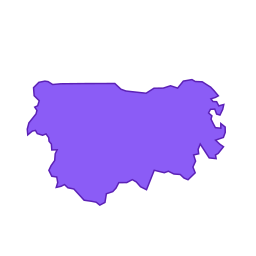 Lagoa dos Três Cantos, Rio Grande do Sul, Brazil, rotated 165°
{"feature_id": "56859067B28552109375594", "entity_name": "Lagoa dos Três Cantos", "entity_type": "district", "adm_level": 2, "iso_a3": "BRA", "parent_name": "Brazil", "parent_adm1": "Rio Grande do Sul", "projection": "albers", "projection_center": [-52.844, -28.574], "detail": "fine", "context": "isolated", "style": "filled", "palette": "violet", "viewbox_px": 256, "rotation_deg": 165, "n_neighbors": 0, "source": "geoboundaries", "source_scale": "gbopen_adm2", "svg_char_len": 1440}
<svg xmlns="http://www.w3.org/2000/svg" viewBox="0 0 256 256"><g transform="rotate(165 128 128)"><path d="M35.3,141.9L37.6,146.1L40.3,149.0L44.3,153.4L51.0,155.5L53.7,158.2L62.4,159.0L69.7,153.7L76.0,157.8L83.7,157.4L92.6,159.7L101.5,156.9L113.1,161.4L120.5,164.3L124.8,167.3L129.2,174.4L157.9,182.0L181.5,188.1L189.5,189.5L193.2,193.5L196.2,194.8L202.3,195.2L208.8,191.4L210.3,183.5L206.7,177.3L209.5,172.9L212.7,172.3L211.4,168.6L213.2,165.4L222.4,158.6L225.6,153.0L226.6,147.3L221.2,149.8L218.0,149.6L217.1,146.1L212.4,143.1L208.7,143.5L207.1,139.2L207.7,135.7L206.2,132.3L207.3,126.5L202.1,125.3L205.0,121.9L207.2,115.6L212.0,111.6L215.4,107.6L214.1,101.1L209.5,99.1L210.0,93.5L212.7,89.2L207.8,89.0L204.0,89.8L201.5,85.8L196.1,83.1L191.6,74.5L189.1,69.6L182.5,66.8L178.0,64.6L175.2,60.8L169.5,62.1L165.9,70.1L159.2,70.5L155.2,73.0L151.0,77.6L143.4,75.6L137.2,77.0L133.9,73.7L131.1,68.0L126.1,63.6L113.6,80.4L104.5,75.4L100.2,75.8L95.6,71.7L89.6,69.6L86.9,65.2L83.4,62.5L74.7,67.3L75.4,73.5L71.3,78.5L71.6,85.0L66.4,84.8L65.8,89.2L62.4,93.8L57.3,78.1L50.8,75.6L50.5,79.3L47.5,80.1L40.6,85.2L43.5,88.6L46.6,93.6L43.0,93.9L38.3,94.2L35.2,98.6L33.9,103.8L37.2,108.3L38.4,103.8L43.5,105.7L44.6,110.4L45.5,115.1L43.8,118.0L46.3,121.7L43.5,124.7L39.3,123.8L38.8,118.5L35.8,116.7L31.7,121.5L29.4,125.9L34.6,125.9L35.6,130.5L39.1,131.6L40.4,134.7L35.7,134.9L32.4,135.7L35.3,141.9Z" fill="#8b5cf6" stroke="#5b21b6" stroke-width="1.5"/></g></svg>